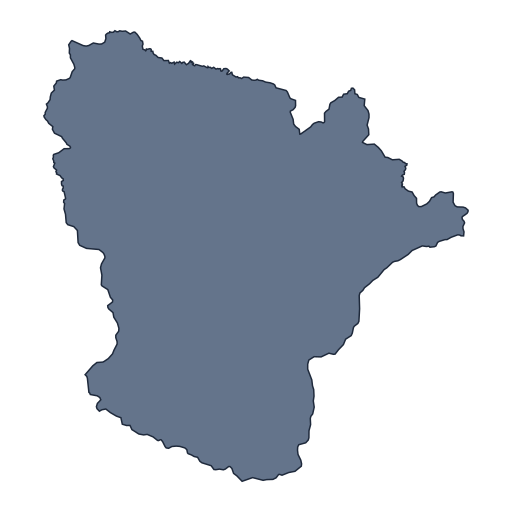 the district of Song Khwae, Nan, Thailand, rotated 180°
{"feature_id": "78962969B31957869244810", "entity_name": "Song Khwae", "entity_type": "district", "adm_level": 2, "iso_a3": "THA", "parent_name": "Thailand", "parent_adm1": "Nan", "projection": "robinson", "projection_center": [100.667, 19.412], "detail": "fine", "context": "isolated", "style": "filled", "palette": "slate", "viewbox_px": 512, "rotation_deg": 180, "n_neighbors": 0, "source": "geoboundaries", "source_scale": "gbopen_adm2", "svg_char_len": 6040}
<svg xmlns="http://www.w3.org/2000/svg" viewBox="0 0 512 512"><g transform="rotate(180 256 256)"><path d="M48.4,276.1L48.0,280.1L49.0,283.3L49.1,285.5L47.4,289.1L48.0,290.8L49.6,292.6L50.0,294.4L49.6,295.4L45.0,298.6L44.0,300.3L43.9,301.8L46.5,304.1L48.9,304.9L54.8,305.1L57.0,306.3L58.9,309.8L58.6,318.4L59.1,319.9L60.0,320.2L66.7,319.0L70.8,320.2L72.2,320.0L76.4,317.0L78.0,315.1L80.4,314.4L82.5,310.7L85.2,308.1L90.7,305.4L93.2,305.4L94.5,306.6L95.4,308.7L95.5,313.7L97.9,316.4L99.9,320.0L103.6,320.9L106.9,323.2L107.9,325.1L109.3,325.2L109.5,325.7L109.9,325.2L110.3,326.2L109.6,327.7L110.0,327.8L109.9,329.0L110.4,329.5L108.9,331.1L108.5,333.8L108.9,335.1L110.4,335.9L109.7,336.8L107.7,337.7L107.5,339.4L108.0,340.7L106.6,342.3L106.2,343.7L107.0,345.7L105.2,346.8L105.0,348.2L106.6,348.4L107.3,349.5L108.7,349.7L109.9,351.0L112.8,352.7L119.6,352.2L124.2,354.5L126.9,354.8L130.6,361.1L133.7,364.6L137.7,367.9L145.1,367.4L149.5,369.6L149.3,370.5L143.2,377.3L143.5,383.0L144.9,386.9L143.0,394.4L143.0,397.9L144.0,401.4L147.8,406.3L147.2,412.9L153.2,414.6L154.7,417.5L157.1,418.3L157.4,422.2L159.1,423.9L160.6,423.7L161.3,421.6L163.4,420.8L164.7,418.3L168.4,417.8L169.9,414.9L173.5,414.7L177.2,411.5L181.2,409.2L182.1,407.7L183.0,402.9L186.1,400.5L187.5,398.8L187.4,390.3L187.8,389.6L188.9,389.1L190.8,390.0L193.4,390.3L197.8,388.8L199.5,387.5L201.3,385.1L211.3,378.0L212.2,377.9L212.8,382.7L216.5,385.5L218.3,387.9L218.9,392.7L221.8,399.9L221.6,400.9L218.9,402.3L216.9,404.6L216.4,406.3L216.5,411.6L221.0,413.2L222.1,414.1L224.6,420.0L225.9,421.5L236.0,424.2L237.3,427.1L238.7,428.1L241.9,429.2L246.4,429.9L249.3,431.2L253.4,431.8L254.7,432.7L256.1,431.9L257.9,431.7L260.2,432.0L263.4,434.5L268.3,434.9L270.4,433.5L271.9,434.2L273.6,434.2L274.4,435.3L276.0,435.0L279.6,437.2L280.2,439.7L280.9,439.7L282.5,438.1L284.8,437.5L285.2,437.9L285.0,438.7L282.8,441.1L284.6,442.9L286.0,443.5L288.2,443.3L289.8,441.1L290.7,440.8L291.2,441.1L291.4,442.9L291.9,443.4L293.5,443.1L294.2,443.5L296.0,442.9L298.3,444.7L300.3,443.6L301.7,444.7L303.3,444.6L304.0,445.5L304.3,444.4L304.8,444.3L308.2,446.1L309.7,445.7L315.5,447.4L316.5,447.4L317.2,446.3L317.7,446.3L319.4,447.4L318.4,448.5L318.5,448.9L320.8,449.5L320.9,450.1L320.1,450.4L321.6,451.3L323.5,448.6L325.6,447.3L327.8,449.9L329.3,449.6L330.2,448.6L332.3,450.5L333.6,449.3L335.3,449.8L337.4,447.9L337.9,449.9L340.3,448.7L341.4,449.4L342.6,448.8L343.6,451.5L348.1,451.4L350.1,454.0L353.9,454.5L356.1,456.7L357.9,457.5L358.8,458.8L359.2,460.7L360.8,460.7L360.8,462.5L361.3,463.1L362.4,463.3L364.5,462.7L365.6,463.0L366.0,461.4L366.4,461.2L367.0,462.0L369.1,462.8L369.7,466.0L369.0,467.9L369.5,470.8L371.1,471.5L372.2,473.8L374.9,477.7L377.2,479.9L378.6,479.8L381.8,478.0L386.4,481.0L389.8,480.7L392.3,481.2L393.8,480.3L395.2,480.2L397.1,481.3L398.6,479.8L400.2,479.6L402.3,480.2L402.4,479.3L404.2,478.9L405.6,477.9L406.4,476.9L406.1,473.4L407.3,469.8L410.4,468.0L413.0,467.9L418.7,469.0L423.2,466.5L425.8,465.9L428.8,466.4L440.0,471.4L440.9,470.7L443.3,467.2L442.5,463.6L442.7,458.9L441.6,457.2L441.6,454.2L438.1,447.7L437.2,444.4L437.3,443.2L439.8,440.3L441.8,434.5L442.5,433.7L446.0,432.1L449.3,431.9L451.3,432.3L455.4,430.9L455.7,429.0L458.2,425.9L457.6,421.9L460.7,418.9L461.7,415.1L461.9,412.4L464.1,409.1L465.6,407.9L464.6,405.4L464.6,403.8L466.8,399.6L466.8,397.7L468.1,396.3L467.9,395.1L466.2,392.5L464.5,391.0L463.3,388.7L459.2,385.4L459.6,382.7L457.5,378.8L450.4,375.4L449.5,373.7L445.7,369.1L445.1,367.7L442.2,365.9L441.5,364.8L441.6,364.1L442.7,363.4L447.9,363.3L453.2,359.3L458.2,357.6L458.7,356.8L458.6,354.9L459.2,353.2L458.3,351.2L458.2,349.5L457.2,348.9L458.6,345.3L457.9,344.0L455.4,341.9L456.1,340.2L455.3,339.3L455.5,338.0L451.9,336.4L450.3,334.1L448.9,333.3L448.7,331.5L450.5,330.5L450.5,328.0L450.0,326.4L448.8,325.9L448.8,323.9L449.5,322.9L449.6,321.7L449.3,321.0L447.9,320.3L446.4,313.7L446.6,313.0L448.2,312.0L448.4,309.8L447.4,308.5L448.0,303.1L446.5,297.8L445.8,289.4L444.2,287.3L438.2,285.4L434.6,281.5L433.9,269.4L432.3,266.7L425.5,263.6L413.0,262.5L409.0,259.4L407.9,257.7L407.1,255.5L407.1,254.1L410.5,248.1L411.5,244.2L410.1,236.8L410.7,227.2L410.0,226.1L404.2,222.4L401.6,214.7L399.3,212.0L399.5,210.0L404.3,206.4L404.1,204.5L403.2,203.0L399.0,199.4L398.2,194.8L394.6,189.0L393.1,183.7L393.3,180.8L396.2,176.8L396.2,174.3L394.9,170.4L394.9,167.9L398.0,161.9L399.5,158.1L403.7,153.4L408.0,150.5L409.3,149.9L415.1,149.5L419.2,146.2L426.9,137.3L425.2,135.6L424.6,133.7L423.1,119.6L422.3,119.0L421.7,117.5L414.8,116.2L412.2,114.5L411.2,112.2L414.6,108.6L415.6,105.3L415.0,103.3L412.6,100.8L410.2,102.2L406.2,103.0L401.6,99.4L395.6,95.9L391.1,94.3L389.7,87.8L385.4,86.5L382.0,86.6L380.1,82.4L373.2,78.0L368.4,77.1L364.8,77.6L358.9,75.1L354.5,71.6L353.5,71.4L351.6,72.3L350.9,72.2L349.4,70.4L346.9,65.4L345.8,64.1L343.4,63.7L340.1,65.5L335.7,65.9L332.2,65.6L327.2,64.1L325.2,62.4L324.5,59.1L323.8,58.3L320.6,57.1L317.9,55.5L314.4,54.7L312.1,50.7L310.1,49.2L300.8,46.3L298.1,42.5L296.2,42.3L292.6,42.9L288.6,42.2L286.7,42.9L283.3,45.5L281.9,45.4L280.1,43.5L278.4,38.6L275.2,36.2L269.9,30.7L259.4,34.4L248.9,31.7L245.3,32.4L239.1,32.6L235.9,34.2L233.4,37.5L232.3,37.6L230.0,36.8L223.2,39.5L217.0,40.7L210.7,45.8L210.4,48.1L211.2,51.8L214.0,57.6L214.5,61.9L214.3,65.1L213.2,67.3L206.3,69.2L203.8,71.9L203.1,74.2L203.0,81.3L201.4,87.4L201.7,93.4L201.2,95.6L199.3,98.1L197.8,104.9L198.7,111.1L198.0,115.8L198.3,122.4L199.5,126.2L200.2,132.1L204.3,142.8L204.3,147.8L203.3,151.5L203.1,152.0L197.9,155.3L190.9,155.1L183.1,158.8L178.5,157.7L176.9,157.9L173.5,162.3L168.6,167.4L166.4,172.8L160.8,176.4L159.7,178.9L158.5,184.6L157.6,185.9L154.1,188.6L153.1,190.7L152.4,203.2L152.8,216.4L152.1,219.0L149.1,221.7L147.5,224.3L142.5,228.2L139.2,231.6L134.1,234.8L127.9,242.4L125.2,244.2L119.5,249.7L117.5,250.6L114.1,251.2L111.5,252.5L103.8,257.6L99.9,261.5L89.7,266.1L85.6,265.5L83.1,265.8L82.1,264.8L77.6,265.3L76.1,266.0L74.4,269.6L72.8,270.6L67.0,272.4L65.0,272.4L60.9,274.7L54.2,277.2L52.1,276.9L51.1,276.2L48.4,276.1Z" fill="#64748b" stroke="#1e293b" stroke-width="1.5"/></g></svg>